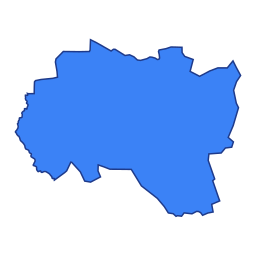 outline of Talin, Aragatsotn, Armenia
{"feature_id": "60910142B13156315773752", "entity_name": "Talin", "entity_type": "district", "adm_level": 2, "iso_a3": "ARM", "parent_name": "Armenia", "parent_adm1": "Aragatsotn", "projection": "natural_earth1", "projection_center": [43.741, 40.354], "detail": "fine", "context": "isolated", "style": "filled", "palette": "blue", "viewbox_px": 256, "rotation_deg": 0, "n_neighbors": 0, "source": "geoboundaries", "source_scale": "gbopen_adm2", "svg_char_len": 2912}
<svg xmlns="http://www.w3.org/2000/svg" viewBox="0 0 256 256"><path d="M233.0,60.9L230.0,64.5L227.3,67.9L217.8,67.9L209.9,70.9L199.6,76.3L190.1,71.4L193.2,59.5L184.7,56.4L182.1,52.6L182.0,47.7L182.0,47.3L175.6,47.1L171.0,47.0L165.9,48.7L159.1,50.0L158.5,51.6L159.2,54.4L159.6,58.1L158.8,59.3L157.3,59.5L155.2,58.1L152.0,57.2L149.9,57.0L146.9,58.7L140.5,60.4L137.4,60.0L133.9,56.8L129.6,54.8L125.0,55.5L115.1,49.3L113.4,49.3L111.1,51.0L96.5,42.7L90.5,39.7L90.1,50.1L89.4,51.5L79.2,51.7L63.3,51.5L56.0,58.9L55.4,62.0L57.0,71.3L57.5,77.2L52.9,78.3L41.0,79.5L35.5,80.6L34.5,81.8L34.3,86.9L34.2,93.6L28.3,93.7L27.4,93.4L27.6,94.2L27.7,95.1L27.4,95.4L26.7,95.3L26.0,95.1L25.4,95.2L25.4,95.7L25.4,96.3L25.6,97.5L25.5,98.0L25.4,98.9L25.7,99.5L25.9,100.1L26.4,100.5L26.7,100.7L27.1,101.4L27.1,102.0L26.9,102.2L26.8,102.4L26.5,103.0L26.7,103.4L27.1,103.7L27.4,104.0L27.5,104.1L27.9,104.5L28.0,105.1L27.7,106.2L27.3,107.0L27.1,107.6L27.0,108.2L26.9,108.9L26.4,109.0L26.2,108.8L25.8,108.6L24.9,108.6L24.5,108.8L24.5,109.9L24.5,110.1L24.5,110.3L24.2,110.8L23.6,111.0L23.1,111.4L22.6,111.9L22.1,112.4L21.8,113.1L21.9,113.6L22.1,113.9L22.3,114.5L22.2,115.0L22.2,115.6L22.1,116.5L22.0,117.2L21.5,117.5L21.4,117.6L20.6,117.7L19.5,117.9L19.3,118.4L19.4,119.0L19.2,119.9L18.7,120.6L18.3,121.4L18.3,122.4L18.3,123.0L17.5,123.7L17.6,124.3L17.8,124.8L18.0,125.4L18.2,126.3L18.1,127.1L17.9,128.1L17.2,129.3L16.6,130.3L15.7,131.2L15.4,131.9L15.5,132.2L16.0,132.8L16.5,133.4L16.7,134.1L17.0,134.6L17.5,135.2L18.0,135.8L18.9,136.3L19.7,138.0L19.9,138.8L20.4,140.4L21.2,141.3L21.6,141.6L22.1,142.1L23.0,143.0L23.8,144.0L24.3,144.8L24.8,145.7L25.0,147.1L25.3,148.0L25.7,148.9L26.3,149.2L27.5,149.7L28.5,150.2L28.9,150.7L29.1,151.8L29.5,152.7L29.8,153.0L31.2,153.7L31.4,154.5L30.9,155.8L31.1,156.7L32.6,157.7L34.1,158.6L34.8,159.2L35.1,160.5L35.0,161.4L34.2,162.9L33.7,164.1L33.2,165.0L33.4,165.5L33.9,165.7L34.9,166.0L36.0,166.5L36.5,167.0L36.6,167.8L36.6,169.0L36.8,169.9L37.4,170.8L38.1,171.6L38.6,171.6L39.3,171.2L40.2,170.9L40.7,171.1L41.0,171.7L41.3,172.3L42.1,172.4L42.7,172.2L43.8,171.6L45.0,171.5L46.1,171.7L47.2,172.4L48.7,173.3L49.7,174.1L50.2,174.8L50.8,175.7L51.5,176.2L51.9,177.1L52.1,178.1L52.5,178.5L54.0,178.4L54.5,178.8L54.5,179.2L54.2,179.8L54.3,180.2L64.7,172.6L66.7,170.8L70.8,162.1L71.7,162.3L80.3,171.8L84.7,181.1L90.6,182.1L100.5,176.9L98.0,170.9L98.2,164.9L104.0,166.9L109.9,169.2L123.8,169.3L131.3,169.4L141.4,185.9L157.3,198.3L164.3,206.6L168.3,212.9L168.6,213.0L173.2,213.7L176.0,216.3L177.5,215.7L181.6,216.2L184.1,212.9L192.0,213.8L196.6,211.4L198.5,211.5L200.6,212.6L202.6,215.3L207.9,213.0L209.5,212.7L213.1,212.0L211.7,204.3L219.7,200.9L218.4,197.3L212.7,180.7L214.7,179.0L208.2,160.4L208.9,153.9L221.2,153.0L225.4,148.0L231.7,147.2L233.4,141.9L228.2,137.4L233.2,125.6L238.5,107.7L236.3,103.2L233.6,90.2L236.5,81.7L240.6,75.5L236.3,67.5L233.0,60.9Z" fill="#3b82f6" stroke="#1e3a8a" stroke-width="1.5"/></svg>